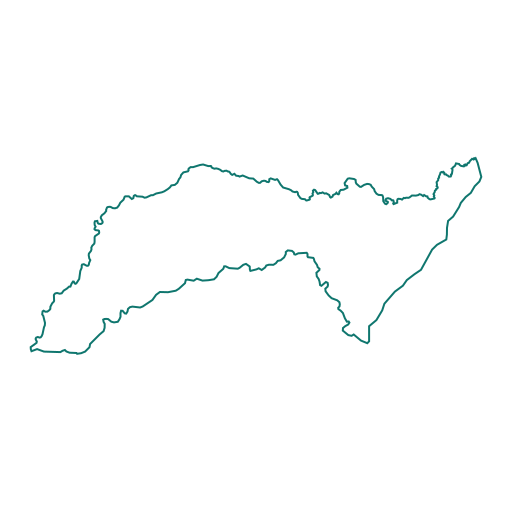 San Ramon, Canelones, Uruguay
{"feature_id": "84410073B4284999044109", "entity_name": "San Ramon", "entity_type": "district", "adm_level": 2, "iso_a3": "URY", "parent_name": "Uruguay", "parent_adm1": "Canelones", "projection": "orthographic", "projection_center": [-55.941, -34.32], "detail": "fine", "context": "isolated", "style": "outline", "palette": "teal", "viewbox_px": 512, "rotation_deg": 0, "n_neighbors": 0, "source": "geoboundaries", "source_scale": "gbopen_adm2", "svg_char_len": 6032}
<svg xmlns="http://www.w3.org/2000/svg" viewBox="0 0 512 512"><path d="M475.6,158.2L474.8,158.9L474.3,158.2L473.9,158.3L473.4,159.4L472.1,158.8L469.7,161.3L469.1,162.7L467.7,163.2L466.6,165.3L465.7,165.5L465.3,164.5L464.3,164.8L464.4,165.9L463.9,166.4L461.1,165.9L459.6,164.9L459.1,164.0L456.0,163.4L455.1,165.7L452.5,167.8L452.4,168.6L452.0,168.8L452.4,169.1L452.5,170.0L451.9,173.9L451.0,174.5L451.2,175.6L450.7,176.5L448.9,176.6L447.7,175.5L446.6,175.1L446.0,174.3L444.5,174.3L444.2,173.8L444.3,172.7L443.2,171.8L442.6,172.4L441.6,172.0L440.5,172.6L440.0,174.4L439.0,176.5L439.1,177.7L438.2,178.5L438.2,180.1L436.6,182.2L437.0,184.9L436.6,186.2L437.4,186.7L437.7,187.6L437.4,188.3L436.1,189.0L436.1,189.7L434.9,190.7L434.7,192.1L433.5,194.1L434.3,195.3L433.8,196.4L434.7,198.0L434.4,198.5L430.6,199.4L429.5,199.2L427.7,197.7L427.4,196.4L426.1,196.3L424.1,195.0L423.1,196.1L421.2,194.7L419.5,194.2L418.2,195.1L415.9,195.6L412.0,195.5L409.5,197.4L408.5,197.8L406.1,197.7L405.0,198.2L403.8,197.9L402.0,199.6L400.7,199.0L398.3,198.8L397.6,199.2L397.2,200.3L397.2,202.7L393.6,204.1L393.2,203.5L393.8,202.1L393.4,200.5L392.9,200.2L391.9,200.4L390.4,198.9L388.0,198.2L386.2,198.7L385.4,200.2L385.7,200.8L387.8,201.8L387.9,202.3L387.5,203.2L386.2,204.2L385.0,203.7L383.3,201.2L383.1,197.2L382.5,195.5L381.9,195.1L378.5,194.9L376.5,193.7L374.7,191.2L374.1,189.1L371.7,186.6L370.7,184.8L369.0,184.1L367.1,183.9L364.1,184.9L361.0,186.9L359.8,186.7L356.4,183.7L355.8,182.5L355.6,179.9L354.0,179.0L349.3,178.3L347.7,178.7L344.6,183.1L345.1,185.4L347.2,186.0L347.4,187.7L343.6,189.7L340.7,190.0L339.3,191.8L339.2,193.5L338.6,194.3L337.6,194.1L336.4,192.7L335.5,193.9L333.1,195.0L332.5,196.6L330.8,197.6L330.1,197.1L329.2,195.0L326.2,193.3L324.6,193.6L322.6,192.4L321.0,193.1L319.5,192.9L318.7,193.7L317.7,193.8L315.2,190.1L314.0,189.7L312.9,190.7L313.3,192.2L312.5,193.5L312.9,195.0L312.6,195.7L309.7,197.2L309.5,197.7L309.9,199.1L309.5,199.7L306.7,200.5L306.1,200.4L304.9,199.2L301.9,198.9L300.4,198.1L298.1,194.9L297.8,192.9L297.2,191.9L296.4,191.7L295.1,192.2L292.5,191.5L291.0,190.2L288.9,189.2L283.1,187.5L280.6,184.6L278.0,180.2L277.0,179.2L275.1,179.9L270.7,178.4L269.3,179.2L269.2,181.4L268.5,182.1L266.6,181.8L265.7,181.0L264.0,180.7L261.7,181.3L260.1,182.8L258.9,182.9L256.9,181.8L253.3,178.6L249.2,178.3L242.7,175.5L239.5,176.6L238.6,176.0L236.1,175.7L234.4,173.8L232.2,174.9L230.7,173.8L229.9,172.4L228.8,171.5L227.9,171.5L226.5,170.7L224.5,170.9L223.3,171.5L221.8,171.1L220.4,169.9L218.3,168.9L216.2,168.4L214.4,168.7L212.8,168.1L211.6,167.4L211.2,166.2L210.7,166.0L208.3,166.1L203.1,164.5L200.0,165.0L193.2,167.1L190.6,167.1L188.7,168.6L188.4,169.3L188.6,170.3L188.0,171.3L183.4,172.4L181.1,175.0L180.4,177.4L179.1,178.9L177.3,182.8L174.8,184.9L171.4,185.4L169.9,187.4L167.8,189.1L164.3,191.3L161.9,192.3L156.2,193.5L152.9,195.2L151.1,195.2L146.4,197.4L144.6,197.7L142.5,196.7L136.8,196.3L135.5,195.2L134.8,195.2L133.8,195.9L133.3,198.2L131.8,199.0L128.8,196.3L125.4,196.3L124.7,196.7L123.5,199.7L120.3,202.7L119.0,205.3L117.2,207.6L115.0,208.3L112.8,208.1L110.6,206.9L109.6,206.8L107.9,207.0L107.0,207.5L106.1,209.9L106.2,211.0L104.4,213.3L101.8,215.3L100.8,217.1L100.8,218.1L102.6,221.5L102.6,222.6L102.2,223.2L100.9,224.0L98.5,223.7L97.8,223.0L97.3,220.9L94.9,221.3L94.5,222.8L94.7,225.0L95.6,226.7L94.6,228.3L94.5,229.2L95.5,230.1L98.5,230.5L99.0,230.9L99.2,232.6L98.9,233.5L95.1,236.1L94.6,237.2L94.6,241.9L94.3,243.6L92.2,245.8L91.3,247.7L91.5,249.2L91.0,250.9L88.9,253.6L88.7,255.2L89.3,258.5L90.3,260.1L89.1,262.9L88.8,264.7L88.2,265.6L87.5,265.8L86.6,265.7L83.8,264.2L82.1,264.6L81.7,265.5L81.7,267.7L80.3,271.0L79.2,279.0L76.3,283.4L75.3,283.8L74.6,283.3L73.8,281.6L73.0,281.5L71.6,283.6L70.4,286.6L69.1,286.6L66.9,288.6L63.7,290.6L61.7,293.3L59.7,293.7L57.1,293.0L55.3,293.4L54.5,294.1L53.9,295.1L54.1,300.8L53.8,301.6L52.1,303.4L50.4,306.7L50.3,308.9L49.4,310.1L47.4,311.6L45.3,311.7L43.6,310.7L42.6,311.4L42.2,314.4L43.3,316.0L45.0,322.9L44.8,325.4L44.0,327.2L42.5,334.2L41.6,336.2L40.7,337.3L39.6,337.6L37.8,337.0L36.2,337.6L35.7,338.4L35.7,339.4L36.8,341.5L36.5,342.9L30.7,347.1L30.8,349.2L31.5,351.2L37.1,349.1L44.0,351.6L60.4,352.1L62.5,350.8L64.9,350.0L66.4,351.5L69.6,352.7L76.5,353.0L77.1,353.8L81.1,353.2L85.1,351.6L89.5,347.2L90.1,344.0L99.7,334.4L103.6,331.1L104.6,327.8L104.7,323.9L103.6,321.9L103.2,319.6L104.5,319.0L106.6,318.9L108.2,319.1L111.3,321.7L114.0,322.4L117.8,321.8L119.5,319.2L120.5,316.8L120.5,313.1L121.1,310.7L122.6,310.8L124.8,313.4L126.2,313.6L127.5,311.5L128.0,308.9L129.9,307.2L132.4,306.6L140.1,307.5L142.7,306.5L152.4,300.0L156.1,294.8L159.9,292.0L168.0,292.2L175.8,290.7L178.8,288.8L185.0,283.2L185.8,280.0L187.4,279.6L193.7,280.7L196.8,278.7L202.5,280.6L208.5,280.2L214.0,279.3L216.6,276.8L218.5,273.0L223.3,268.8L224.2,266.3L225.6,266.3L229.3,268.1L237.8,268.7L239.6,267.8L243.3,264.8L246.0,263.9L249.7,266.5L249.9,269.7L250.4,270.9L256.4,269.4L258.8,268.3L261.7,270.0L265.1,267.5L266.3,265.5L269.0,264.7L273.4,264.8L275.9,263.2L277.7,260.9L280.6,260.3L284.1,257.4L285.8,254.0L285.8,252.0L287.8,250.4L292.0,250.9L293.8,252.5L294.3,254.3L295.5,254.6L298.3,253.3L306.7,252.8L307.5,254.0L307.5,256.5L308.0,257.2L313.3,257.9L313.9,258.9L314.5,261.3L317.0,264.9L317.7,267.2L319.5,268.8L319.4,270.0L316.4,272.8L316.8,276.4L318.6,278.9L319.5,281.4L320.1,285.1L321.4,285.8L325.9,282.0L327.6,282.8L328.0,284.9L327.6,286.6L325.3,288.7L325.6,291.3L328.6,295.4L331.6,298.2L337.2,300.3L339.4,302.2L339.8,304.3L339.5,306.4L338.2,307.8L338.4,309.1L340.7,310.7L342.9,313.0L344.9,318.3L346.9,321.7L348.7,321.5L349.4,322.6L348.2,324.5L345.3,326.1L343.0,328.0L342.8,330.6L348.3,335.1L351.6,335.8L353.7,334.5L361.0,340.6L367.3,343.2L369.1,341.3L369.1,326.2L376.4,320.1L382.2,310.4L384.4,303.7L394.9,291.6L402.9,285.7L406.8,280.1L414.5,274.2L421.0,269.8L432.1,249.6L437.0,244.8L446.3,239.5L446.9,234.6L447.0,227.8L448.1,220.9L453.1,216.6L459.1,207.0L460.8,202.9L465.7,197.0L470.8,192.9L474.7,186.2L479.4,181.5L481.3,176.9L477.6,162.8L475.6,158.2Z" fill="none" stroke="#0f766e" stroke-width="2"/></svg>